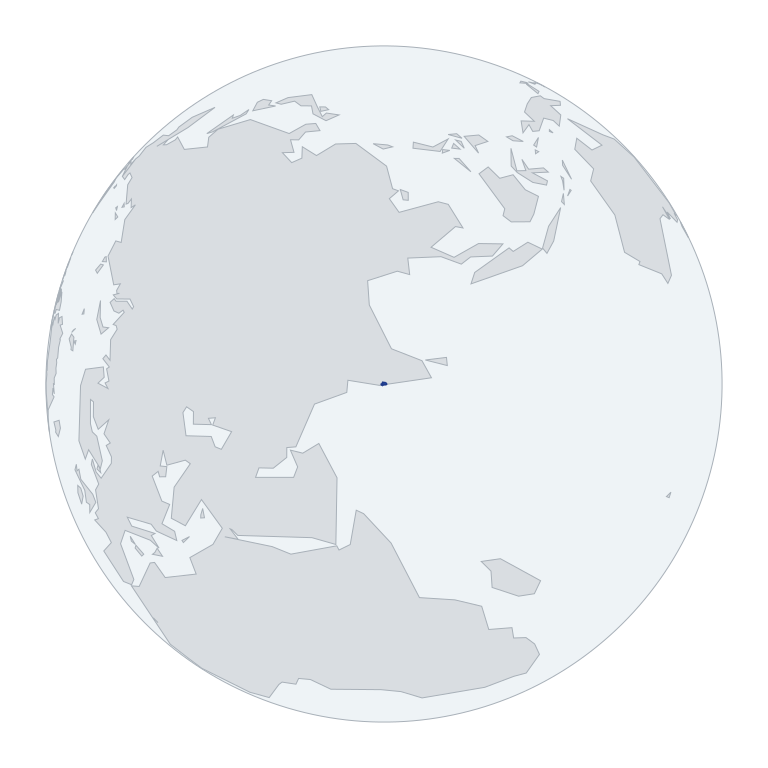 the Earth from above Goa, rotated 288°
{"feature_id": "IND-3265", "entity_name": "Goa", "entity_type": "State", "adm_level": 1, "iso_a3": "IND", "parent_name": "India", "parent_adm1": "", "projection": "orthographic", "projection_center": [74.008, 15.335], "detail": "fine", "context": "on_globe", "style": "filled", "palette": "blue", "viewbox_px": 768, "rotation_deg": 288, "n_neighbors": 0, "source": "natural_earth", "source_scale": "10m", "svg_char_len": 10484}
<svg xmlns="http://www.w3.org/2000/svg" viewBox="0 0 768 768"><g transform="rotate(288 384 384)"><circle cx="384" cy="384" r="338" fill="#eef3f6" stroke="#a8b0b8"/><path d="M522.9,75.9L520.7,75.0L514.7,72.4L522.9,75.9ZM502.6,67.6L501.6,67.2L508.9,70.1L507.1,69.8L497.0,65.6L492.8,65.0L467.5,57.1L456.5,54.0L479.8,59.9L502.6,67.6ZM531.5,80.0L531.3,79.9L531.5,80.0ZM521.4,75.6L520.1,75.4L518.9,74.4L521.4,75.6ZM517.7,74.6L514.6,75.3L521.4,78.3L500.6,71.0L510.1,72.3L507.5,70.3L512.9,72.8L517.7,74.6ZM489.6,67.4L486.7,67.0L487.0,66.3L489.6,67.4ZM413.4,47.4L413.7,47.4L409.4,47.0L413.4,47.4ZM340.9,48.8L343.7,48.5L334.5,49.7L337.9,49.2L340.9,48.8ZM365.6,46.6L367.9,46.5L370.0,46.4L367.8,46.5L365.6,46.6ZM396.2,46.3L392.7,46.2L401.5,46.6L396.9,46.5L388.5,46.1L390.2,46.3L388.8,46.4L383.6,46.1L396.2,46.3ZM371.9,46.7L359.7,47.1L348.9,48.2L345.3,48.5L363.3,46.7L371.9,46.7ZM379.2,46.3L373.9,46.5L372.0,46.4L374.5,46.2L379.2,46.3ZM396.8,46.8L406.0,47.0L407.5,47.1L396.8,46.8ZM369.2,46.9L372.2,46.9L368.6,47.0L369.2,46.9ZM388.7,46.7L391.8,46.6L393.4,46.7L388.7,46.7ZM375.6,47.1L371.7,47.1L373.3,46.8L375.6,47.1ZM381.9,46.9L383.5,47.2L376.2,46.7L383.0,46.8L381.9,46.9ZM389.8,46.9L391.7,46.9L388.3,46.9L389.8,46.9ZM371.9,48.7L362.4,48.2L365.9,47.4L374.7,47.8L371.9,48.7ZM49.4,351.7L57.3,298.7L62.8,282.5L70.5,261.1L114.0,206.2L115.8,213.7L141.5,216.9L143.4,220.9L132.3,235.7L145.2,264.1L158.9,253.0L178.6,270.9L196.8,274.8L217.7,246.1L187.8,238.9L190.6,223.2L221.0,216.3L248.3,224.4L250.2,218.6L239.7,202.6L252.8,194.4L236.9,196.5L238.3,203.0L228.3,205.0L226.4,199.3L231.1,196.2L224.8,192.0L204.0,208.9L203.2,217.4L182.5,216.0L179.2,230.4L171.1,235.3L173.8,212.9L178.7,205.9L178.0,181.0L170.9,188.0L171.1,212.4L168.0,209.5L158.4,220.8L163.2,210.0L164.8,183.0L150.7,182.8L120.8,206.5L115.1,206.0L115.7,197.3L138.6,169.1L148.9,173.7L157.1,165.4L165.3,150.9L167.7,154.0L172.3,149.2L177.2,151.0L194.2,142.4L200.7,143.6L217.1,130.5L222.6,129.8L211.3,137.4L207.0,144.1L224.3,149.2L230.5,147.3L239.7,138.8L243.3,141.9L250.1,133.1L264.9,133.3L252.6,126.2L263.1,117.7L277.3,113.2L278.6,109.6L255.5,117.1L248.3,121.4L245.6,127.0L224.0,139.8L215.9,140.4L230.2,123.4L220.3,123.1L235.7,111.4L288.7,95.9L305.8,95.6L313.5,111.8L303.9,115.8L296.4,111.7L294.4,122.9L298.8,118.4L301.8,121.5L312.7,115.5L315.3,117.5L321.2,108.8L325.7,110.6L321.9,116.1L341.7,110.3L353.6,113.3L356.8,111.2L356.9,108.0L371.9,114.8L373.6,113.0L369.4,110.0L370.0,104.6L377.0,98.3L381.8,101.0L379.9,103.6L383.3,113.9L377.5,121.4L380.2,122.0L386.3,116.2L382.3,103.5L385.1,99.0L388.5,104.4L387.5,102.1L390.4,100.8L397.8,102.3L394.8,96.3L420.4,82.0L437.2,84.7L437.4,90.3L460.3,86.7L477.6,92.2L473.6,89.0L481.9,86.6L476.6,84.7L475.4,83.1L494.3,78.7L502.5,80.6L506.2,77.2L504.2,75.9L498.3,74.2L500.6,71.0L521.4,78.3L525.0,80.7L535.5,84.5L542.2,90.1L552.5,97.2L553.6,102.5L561.7,108.5L565.0,109.5L578.4,119.2L594.9,137.8L567.3,118.3L539.8,94.5L549.8,103.2L543.3,100.3L544.3,103.2L551.7,110.1L555.2,111.4L545.4,121.6L554.9,142.9L564.5,141.1L575.0,147.4L594.2,175.2L592.9,216.4L606.9,229.4L610.7,238.6L605.2,244.8L599.4,231.5L589.8,227.4L587.4,219.6L576.5,226.8L572.6,215.9L566.0,227.8L573.4,236.1L584.4,233.0L580.4,249.2L597.3,263.8L604.1,282.9L592.0,319.1L572.4,331.8L572.2,338.1L561.9,331.8L551.9,345.3L574.1,379.3L574.7,389.6L556.8,410.9L555.8,403.3L528.6,386.5L526.1,411.5L546.8,430.5L554.0,453.8L539.2,447.6L531.6,427.1L521.9,420.5L522.7,398.9L511.1,367.7L496.0,374.6L495.4,361.8L477.2,336.5L454.6,345.6L419.8,380.2L417.9,412.9L404.6,427.2L381.3,380.1L376.4,348.5L364.5,351.2L343.4,324.1L297.0,319.6L293.5,311.2L284.1,314.2L269.7,304.7L265.6,291.0L255.5,290.7L267.3,326.9L278.5,327.5L292.2,315.4L293.1,328.1L307.3,340.4L280.3,368.3L216.5,387.8L215.6,363.0L194.8,291.7L198.4,284.7L198.6,283.9L198.7,282.4L191.2,293.3L189.5,279.8L194.8,328.0L193.4,348.0L215.5,389.1L212.2,392.5L220.9,401.5L255.4,396.6L254.4,404.7L234.9,439.9L191.8,483.7L200.6,518.1L202.8,545.6L182.9,559.5L191.8,581.0L182.5,585.8L186.7,597.4L183.3,607.6L174.9,615.4L153.1,608.6L146.1,597.8L126.7,573.6L97.2,517.2L96.7,495.2L92.4,475.7L77.3,427.8L80.2,405.3L77.6,393.8L71.3,393.0L69.0,379.2L65.8,376.9L50.3,371.7L49.4,351.7ZM90.4,236.8L87.2,242.8L90.4,236.8ZM271.6,249.5L291.6,253.8L292.0,233.8L299.8,234.1L297.1,227.6L292.0,232.4L286.9,215.1L298.9,211.3L301.3,203.3L294.7,201.6L273.6,211.7L280.7,235.9L272.1,242.8L271.6,249.5ZM192.9,124.1L191.2,127.8L184.4,132.5L176.3,133.6L186.0,126.5L192.9,124.1ZM190.4,132.3L206.9,116.6L212.6,116.2L206.6,118.9L208.7,120.2L199.7,125.1L189.1,141.1L182.4,146.5L170.9,143.9L178.4,141.4L179.6,137.5L190.4,132.3ZM238.7,86.2L245.9,81.8L249.1,86.2L242.0,89.9L233.4,90.5L236.7,86.6L238.7,86.2ZM352.1,47.6L351.5,47.6L351.3,47.7L352.1,47.6ZM346.8,48.1L346.0,48.2L344.2,48.4L346.8,48.1ZM336.8,49.4L336.7,49.4L336.0,49.5L336.8,49.4ZM271.0,65.6L280.7,62.3L288.9,60.4L292.1,59.1L297.0,58.0L292.4,59.5L302.3,56.7L305.1,56.3L321.8,53.3L334.5,50.6L340.9,49.9L337.3,50.9L346.2,49.6L343.8,51.1L348.3,50.9L350.5,52.6L340.9,55.4L346.7,54.9L348.7,56.9L341.4,59.8L339.9,57.8L332.9,62.8L326.5,61.8L326.1,62.5L318.2,63.2L308.0,65.6L306.2,64.9L303.0,66.2L297.7,67.1L292.7,68.9L287.8,68.5L281.2,70.7L282.6,69.3L272.7,73.5L277.9,70.4L271.5,71.9L269.8,74.2L255.6,72.6L245.6,75.9L234.4,81.0L237.4,79.5L271.0,65.6ZM372.1,49.2L362.2,51.6L353.8,52.6L353.6,49.3L349.8,49.3L349.3,48.3L361.5,47.1L360.5,47.4L362.4,47.5L357.9,47.8L362.9,47.7L361.7,48.3L365.3,48.5L361.1,49.1L372.1,49.2ZM150.5,216.4L152.9,218.1L157.7,219.0L151.7,226.6L150.5,216.4ZM151.1,198.0L154.0,197.9L147.9,208.1L145.5,206.8L151.1,198.0ZM160.8,189.7L154.6,197.1L156.5,192.3L160.8,189.7ZM214.5,137.3L218.2,137.1L216.6,139.3L212.1,142.0L214.5,137.3ZM319.4,77.8L319.9,75.7L322.3,75.2L329.6,70.6L335.0,71.4L332.7,74.6L319.4,77.8ZM209.6,250.0L201.3,254.6L199.9,251.1L203.0,250.2L209.6,250.0ZM172.8,240.2L178.8,246.2L171.2,242.2L172.8,240.2ZM326.5,78.0L328.9,75.8L330.1,77.7L326.5,78.0ZM339.3,71.9L341.6,73.6L336.5,71.0L339.3,71.9ZM364.2,687.4L369.8,690.3L364.0,690.3L364.2,687.4ZM253.8,548.7L245.3,593.7L231.0,591.8L223.8,577.6L223.9,549.7L239.1,543.6L245.3,531.3L253.8,548.7ZM619.5,500.5L626.5,500.7L626.0,502.2L619.5,500.5ZM612.3,496.5L620.7,495.7L610.5,500.0L612.3,496.5ZM623.9,495.4L632.4,491.1L636.1,488.1L635.2,491.3L623.9,495.4ZM606.4,497.5L572.5,501.2L558.6,498.6L562.3,492.8L584.9,491.8L606.4,497.5ZM561.2,492.8L539.3,479.2L506.1,435.8L518.1,435.8L552.1,460.9L550.0,465.9L563.3,477.0L561.2,492.8ZM612.4,458.3L610.2,472.9L591.9,474.0L583.4,472.7L577.5,454.9L580.9,445.2L588.0,444.7L613.3,409.4L622.6,416.0L615.4,430.5L622.9,442.1L612.4,458.3ZM419.6,415.9L428.6,435.2L421.1,438.5L419.6,415.9ZM621.7,385.7L612.7,401.1L620.3,381.2L621.7,385.7ZM625.1,367.4L626.5,374.4L621.6,368.1L625.1,367.4ZM573.7,347.8L566.2,350.3L565.1,345.3L574.0,339.4L573.7,347.8ZM609.2,299.4L612.5,313.8L612.2,318.9L607.2,310.6L609.2,299.4ZM375.8,88.6L359.5,93.5L351.4,99.1L352.4,104.7L344.0,99.5L356.6,90.9L375.8,88.6ZM414.4,82.2L413.4,78.3L418.4,79.3L419.3,80.4L414.4,82.2ZM410.5,80.3L400.7,77.1L403.2,74.5L410.5,77.5L410.5,80.3ZM363.1,75.7L357.9,76.9L357.1,75.3L363.1,75.7ZM617.0,628.5L625.8,618.9L630.0,615.6L620.6,625.2L617.0,628.5ZM626.5,595.4L576.2,623.8L567.4,622.9L574.6,614.1L576.3,589.5L579.6,589.6L583.6,572.1L616.1,551.3L641.0,517.8L653.4,516.9L666.2,492.9L677.3,491.4L670.8,509.5L678.5,517.5L693.0,476.5L688.6,515.5L688.1,527.2L677.1,551.8L644.4,599.2L634.1,610.3L636.2,607.1L630.8,612.5L628.4,612.7L635.1,600.1L629.5,605.5L638.6,594.1L628.7,604.8L631.2,597.0L626.5,595.4ZM636.7,499.1L647.2,486.3L652.1,484.4L636.7,499.1ZM716.4,444.7L716.2,445.3L716.6,443.0L716.4,444.7ZM716.8,442.3L717.3,439.5L717.8,436.4L716.9,442.1L716.8,442.3ZM717.5,434.2L717.3,438.7L717.4,435.0L717.5,434.2ZM717.0,435.7L716.7,434.0L716.8,433.0L717.0,435.7ZM704.9,448.1L707.2,464.1L703.6,465.7L700.2,456.5L694.5,469.0L683.4,471.0L686.9,463.5L686.2,453.7L672.8,453.3L670.2,447.4L675.5,441.7L665.8,438.6L676.6,433.1L680.3,445.8L686.1,433.6L694.7,433.7L702.0,435.6L706.4,443.6L704.9,448.1ZM675.3,463.2L677.0,462.7L675.1,467.2L675.3,463.2ZM716.0,427.9L716.5,433.5L716.2,435.2L715.7,434.7L716.0,427.9ZM707.7,440.7L713.1,426.9L714.0,426.5L710.2,441.0L707.7,440.7ZM712.4,420.2L714.3,420.6L714.8,426.4L714.4,428.3L712.4,420.2ZM653.4,455.5L652.8,459.4L649.8,457.0L653.4,455.5ZM657.5,452.5L666.2,454.7L656.5,455.9L657.5,452.5ZM627.8,444.5L630.8,453.0L640.3,445.7L633.0,455.2L638.8,468.9L636.3,474.8L630.7,459.9L627.7,476.7L623.4,477.1L621.7,463.3L626.3,445.4L630.6,437.6L647.4,431.9L627.8,444.5ZM657.7,441.5L655.2,431.5L656.9,424.2L659.7,429.2L657.7,441.5ZM646.8,407.8L638.9,397.0L632.8,402.6L644.3,383.7L650.1,397.2L646.8,407.8ZM638.6,382.4L633.0,387.5L638.2,376.8L638.6,382.4ZM630.9,383.8L629.3,375.5L634.3,375.9L630.9,383.8ZM641.8,382.3L641.1,367.9L644.5,375.8L641.8,382.3ZM624.5,357.3L636.9,369.3L622.5,365.5L617.2,338.7L623.1,337.2L624.5,357.3ZM627.8,246.6L623.8,239.7L627.7,237.3L629.4,242.7L627.8,246.6ZM636.9,225.9L627.5,234.5L619.2,242.7L623.9,245.5L626.0,258.1L616.5,247.5L619.0,233.0L626.1,229.1L622.9,219.1L625.4,211.6L618.3,199.8L618.0,194.4L626.7,204.2L636.9,225.9ZM614.9,195.0L603.3,174.8L612.8,176.5L617.4,181.3L618.7,189.6L613.7,188.1L614.9,195.0ZM603.3,170.7L598.3,169.4L570.8,143.0L567.4,138.1L593.3,157.6L589.9,157.6L595.0,164.3L603.3,170.7ZM489.9,68.3L487.0,67.1L490.7,68.1L489.9,68.3ZM472.2,82.2L471.1,80.2L475.5,81.0L472.2,82.2ZM470.4,75.6L466.3,76.0L468.7,74.4L470.4,75.6ZM457.4,77.5L463.7,75.6L460.6,79.2L457.4,77.5Z" fill="#d9dde1" stroke="#a8b0b8" stroke-width="1"/><path d="M384.5,386.6L384.4,386.6L384.2,386.4L384.2,386.1L384.0,385.9L383.9,385.9L383.8,385.6L383.7,385.6L383.5,385.3L383.6,385.2L383.3,384.0L383.3,383.9L383.2,383.9L382.9,383.8L382.7,383.6L383.0,383.6L383.3,383.6L383.6,383.6L383.7,383.8L383.8,383.8L383.7,383.7L383.3,383.4L383.2,383.4L382.9,383.3L382.8,383.2L383.0,383.0L383.2,382.9L382.8,383.0L382.7,383.1L382.6,382.8L382.5,382.7L382.4,382.5L382.5,382.4L382.6,382.2L383.0,382.1L382.8,382.1L382.7,382.1L382.4,382.3L382.3,382.2L382.2,382.1L382.2,381.9L382.3,381.7L382.6,381.6L382.8,381.6L382.9,381.4L383.0,381.4L383.0,381.5L383.3,381.6L383.5,381.8L383.5,382.1L383.7,382.3L383.8,382.4L384.0,382.3L384.3,382.2L384.5,382.2L384.8,382.2L385.0,382.1L385.2,382.3L385.3,382.3L385.3,382.5L385.4,382.8L385.4,383.0L385.3,383.3L385.4,383.5L385.5,383.8L385.6,384.0L385.7,384.3L385.4,384.5L385.5,384.7L385.6,384.8L385.6,385.0L385.5,385.3L385.4,385.3L385.4,385.5L385.5,385.7L385.5,385.8L385.4,385.9L385.4,386.0L385.2,386.3L384.9,386.4L384.7,386.5L384.5,386.6Z" fill="#3b82f6" stroke="#1e3a8a" stroke-width="1.5"/></g></svg>